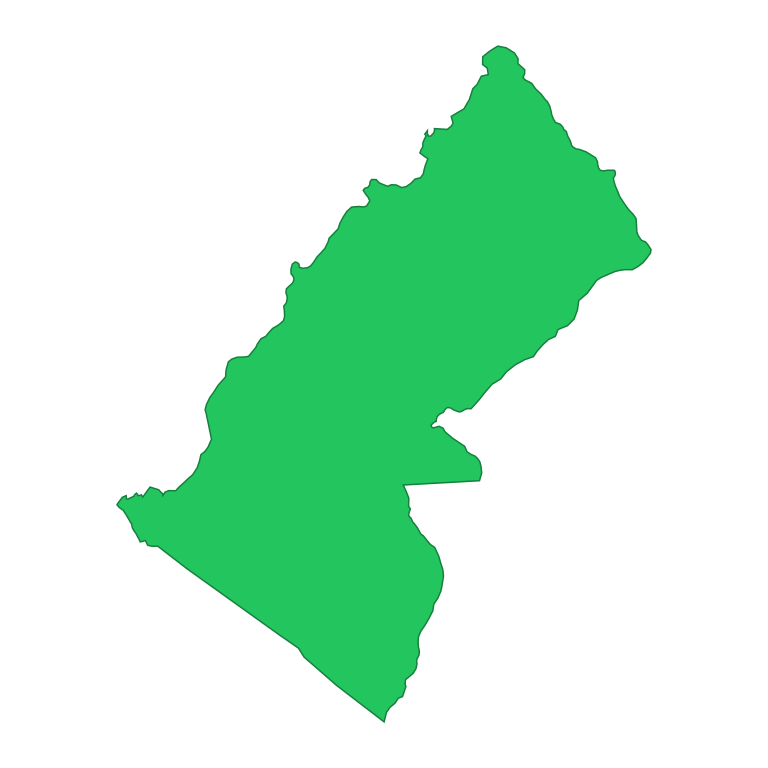 Las Minas, Veracruz, Mexico
{"feature_id": "50627088B75168752145477", "entity_name": "Las Minas", "entity_type": "district", "adm_level": 2, "iso_a3": "MEX", "parent_name": "Mexico", "parent_adm1": "Veracruz", "projection": "albers", "projection_center": [-97.147, 19.704], "detail": "fine", "context": "isolated", "style": "filled", "palette": "green", "viewbox_px": 768, "rotation_deg": 0, "n_neighbors": 0, "source": "geoboundaries", "source_scale": "gbopen_adm2", "svg_char_len": 5485}
<svg xmlns="http://www.w3.org/2000/svg" viewBox="0 0 768 768"><path d="M136.3,534.0L137.7,536.9L138.9,538.7L139.4,540.2L140.2,541.9L140.3,541.9L142.9,541.3L145.4,540.5L147.7,545.3L152.2,546.3L157.6,546.1L166.3,552.8L187.2,568.9L278.5,634.3L296.5,646.8L298.4,648.1L304.1,657.1L336.7,685.5L384.1,721.9L386.4,712.6L389.9,707.4L394.9,703.3L398.3,698.2L402.5,696.6L404.2,691.6L405.9,686.6L405.1,684.1L405.5,679.7L409.5,676.4L410.9,675.2L413.3,673.2L416.0,668.6L417.0,663.9L416.7,661.2L416.6,660.0L418.2,656.6L419.0,655.0L419.4,651.5L418.4,646.9L418.1,642.4L418.5,636.6L421.0,631.0L423.0,628.1L425.0,625.2L429.0,618.3L431.7,613.0L432.8,610.9L433.8,604.2L436.8,599.7L437.9,598.0L440.9,591.0L441.6,587.7L442.4,583.1L443.5,576.1L443.1,572.1L442.8,569.6L441.3,565.0L440.2,561.3L439.5,558.8L438.5,555.5L436.7,551.8L434.7,547.4L430.4,544.5L426.7,540.1L423.3,535.8L420.8,534.0L417.3,527.6L414.4,523.8L412.6,521.8L411.0,518.1L408.7,516.0L408.9,513.1L410.4,508.9L409.6,507.8L408.6,506.3L408.7,503.0L408.7,502.1L408.8,498.0L408.3,496.8L406.4,492.0L403.3,485.0L419.2,484.1L433.2,483.3L442.7,482.8L457.2,482.0L466.8,481.4L476.2,480.9L479.5,480.7L481.7,472.8L481.3,469.2L481.1,466.9L479.9,462.0L478.0,459.0L475.2,456.2L470.8,454.3L467.0,451.7L464.6,446.2L461.3,444.1L452.4,438.1L445.0,431.8L443.0,428.1L439.0,426.3L436.4,427.1L432.9,427.9L431.5,426.8L431.3,424.9L432.2,424.0L432.7,423.6L434.3,422.1L436.2,421.4L436.4,419.1L436.6,418.3L437.2,416.6L439.1,414.6L441.2,413.3L442.3,412.9L443.4,412.2L444.0,411.3L444.7,409.9L446.3,408.4L447.4,407.5L450.5,407.9L453.6,409.9L457.8,411.5L459.4,411.9L461.7,411.4L464.7,409.5L467.6,408.6L470.8,408.7L471.1,408.7L477.4,401.7L478.5,400.4L479.1,399.8L482.6,395.3L482.9,394.9L485.3,392.0L486.1,391.1L490.9,385.5L492.1,384.2L498.1,380.6L500.8,378.9L503.8,375.1L506.4,371.8L514.5,365.4L515.2,364.8L517.9,363.4L520.4,362.0L523.9,360.1L524.6,359.7L529.2,358.1L533.5,356.6L533.7,356.2L537.2,351.0L538.6,349.5L540.6,347.2L543.0,344.6L543.6,344.0L544.1,343.5L548.4,339.6L548.5,339.5L555.3,336.4L556.2,334.3L557.4,331.1L557.9,329.6L558.9,329.2L561.7,328.0L566.5,326.1L567.5,325.7L573.0,320.1L574.1,319.0L577.4,310.2L577.5,309.5L578.8,300.5L587.4,293.1L587.9,292.3L592.1,286.6L595.5,281.9L596.6,280.4L600.6,277.8L602.5,276.9L609.3,273.9L613.4,272.2L615.4,271.4L619.3,270.5L621.0,270.1L626.1,269.6L630.4,269.7L632.3,269.7L638.0,266.5L643.0,262.7L646.4,258.6L647.3,257.4L650.5,253.0L651.0,249.5L647.9,244.7L645.4,241.8L643.1,241.0L641.6,240.4L640.7,239.3L638.1,235.4L636.9,232.1L636.5,225.7L636.1,218.7L634.9,216.9L632.9,214.0L629.3,210.4L626.6,206.9L623.8,202.8L623.3,202.1L623.2,201.9L621.1,198.7L619.8,196.7L617.8,191.8L617.4,190.7L616.5,188.7L615.2,185.7L614.8,184.1L614.0,181.5L613.3,178.0L614.6,176.3L615.3,174.5L615.1,171.3L614.1,170.3L611.7,170.3L608.0,170.2L603.6,170.9L600.4,170.4L598.6,168.1L597.7,164.6L597.5,161.7L595.6,157.8L592.0,155.5L585.8,151.7L579.0,149.3L576.0,148.9L574.2,147.8L572.5,146.6L571.5,145.0L570.5,141.3L567.9,136.5L566.2,131.3L564.0,129.7L562.7,126.9L560.2,124.2L555.5,122.5L553.4,119.0L551.7,114.7L551.2,111.7L549.8,106.3L547.5,101.8L545.1,99.4L541.0,94.0L535.5,88.8L531.7,83.3L525.5,80.1L523.1,77.8L524.7,73.3L524.7,69.7L517.9,63.6L518.1,58.8L514.5,53.0L506.2,47.8L497.8,46.1L494.5,48.1L489.2,51.5L482.7,56.8L482.6,64.5L487.2,68.0L488.3,74.6L481.3,76.2L477.1,84.5L472.9,88.6L469.3,99.7L463.9,108.9L457.4,112.7L451.2,116.4L451.9,119.0L453.1,123.1L451.4,126.0L447.3,129.4L434.4,128.6L434.5,130.4L433.9,132.7L430.6,136.2L428.4,136.0L427.3,133.1L427.4,130.7L424.7,134.2L426.2,135.6L424.3,139.4L422.9,142.7L422.8,146.8L421.0,149.9L419.9,152.9L424.4,156.4L427.9,158.7L425.4,165.2L424.2,169.4L423.3,173.8L420.6,177.7L415.0,179.1L410.9,183.4L406.2,186.6L401.6,187.6L396.4,185.0L391.5,184.7L387.5,186.3L383.4,184.6L379.2,182.9L376.2,179.6L371.7,179.5L370.1,181.6L369.6,185.1L367.7,187.5L364.7,188.3L363.2,190.3L365.6,194.1L368.1,197.2L369.8,200.9L366.6,206.0L363.5,207.0L359.2,206.5L354.6,206.8L351.6,207.1L346.8,211.5L343.2,217.0L339.9,223.3L338.1,228.9L332.6,234.6L329.1,238.2L328.2,241.7L324.9,248.4L322.7,250.8L321.1,252.7L317.2,256.7L313.8,261.9L310.7,265.9L307.5,267.7L302.9,268.3L299.3,267.3L299.0,264.2L297.3,262.6L295.1,262.0L292.3,264.2L290.9,269.2L291.1,273.9L293.3,276.5L294.0,279.9L292.5,283.1L289.5,285.8L286.4,288.8L285.9,292.7L286.9,295.6L287.3,298.0L286.3,303.0L283.8,306.0L284.4,311.3L284.6,316.5L283.4,320.8L278.5,325.0L272.7,328.4L269.2,332.1L265.7,336.4L261.0,338.7L257.3,344.1L255.7,347.7L252.0,352.1L248.7,356.2L245.7,356.9L241.7,357.1L237.1,357.2L231.8,359.1L229.9,360.6L228.4,361.8L226.9,367.0L226.0,370.3L226.0,371.1L225.8,374.2L225.6,376.8L224.6,378.0L220.2,382.9L217.9,385.6L216.0,388.6L214.9,390.3L214.5,390.9L213.1,393.1L212.6,393.7L209.8,397.6L206.5,404.5L205.1,409.8L205.6,411.5L206.5,414.8L206.8,416.4L208.3,423.6L210.4,433.9L211.5,439.2L207.9,447.4L204.6,451.7L200.9,454.7L199.5,461.0L197.2,467.8L192.6,474.8L188.6,478.2L184.0,482.6L179.6,486.5L175.6,490.8L172.3,490.7L168.8,490.6L165.2,492.0L162.9,495.5L162.6,493.7L161.3,492.6L158.6,489.7L156.5,489.1L152.7,487.9L151.5,487.5L150.0,487.1L148.4,489.3L145.3,493.6L142.8,497.1L141.3,494.8L140.5,495.2L139.7,495.5L138.0,495.6L137.5,494.3L136.6,493.2L135.2,494.1L133.8,496.1L133.9,496.3L131.4,497.4L127.6,499.2L126.4,498.8L126.2,495.6L122.3,497.3L121.1,498.9L118.8,502.0L117.1,504.4L117.0,504.8L119.2,507.4L120.3,508.3L123.3,510.4L125.1,513.3L125.9,514.3L131.7,524.3L132.3,527.7L132.4,528.0L134.0,530.8L136.3,534.0Z" fill="#22c55e" stroke="#15803d" stroke-width="1.5"/></svg>